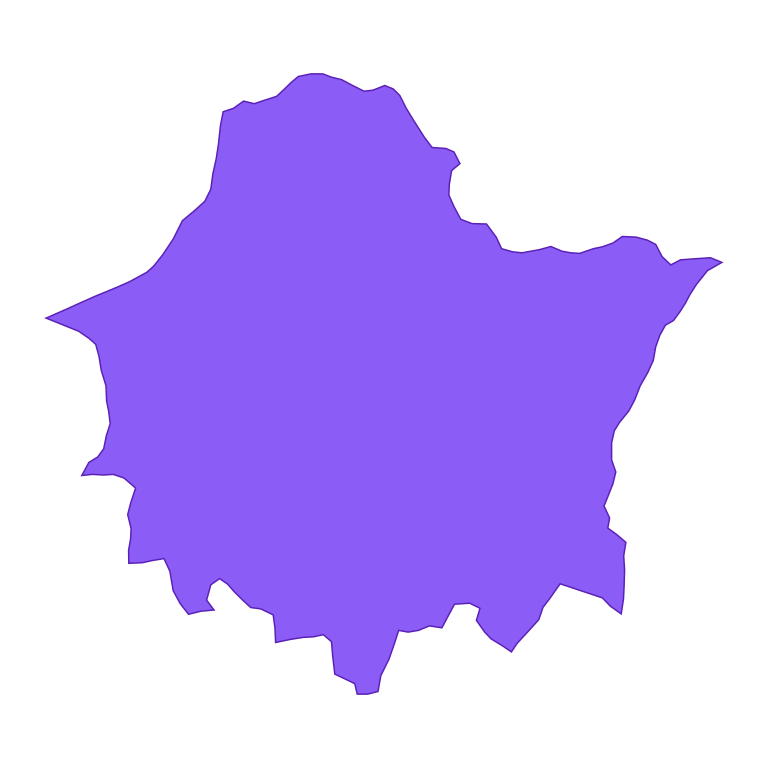 Nova Ramada, Rio Grande do Sul, Brazil (Mercator projection)
{"feature_id": "56859067B54633042037879", "entity_name": "Nova Ramada", "entity_type": "district", "adm_level": 2, "iso_a3": "BRA", "parent_name": "Brazil", "parent_adm1": "Rio Grande do Sul", "projection": "mercator", "projection_center": [-53.7, -28.075], "detail": "fine", "context": "isolated", "style": "filled", "palette": "violet", "viewbox_px": 768, "rotation_deg": 0, "n_neighbors": 0, "source": "geoboundaries", "source_scale": "gbopen_adm2", "svg_char_len": 2361}
<svg xmlns="http://www.w3.org/2000/svg" viewBox="0 0 768 768"><path d="M621.2,613.9L623.5,598.9L624.1,585.8L624.6,570.0L623.7,555.9L625.9,542.4L617.0,534.8L607.8,528.1L609.6,518.0L604.0,506.0L608.3,495.5L612.9,483.8L615.8,472.0L611.6,459.9L611.6,442.9L614.3,430.8L619.5,422.4L628.8,411.0L634.7,399.9L640.3,385.6L647.7,372.7L653.3,360.4L655.7,346.9L659.8,335.3L665.4,325.2L673.5,320.5L680.0,311.7L685.3,303.3L689.8,294.8L696.5,284.3L707.5,270.6L721.9,262.4L710.4,257.7L694.8,258.8L680.6,259.8L670.8,264.9L662.0,256.5L655.7,244.4L647.3,240.1L636.0,237.1L622.3,236.5L613.0,243.0L602.7,246.7L593.4,248.7L579.6,253.4L570.8,252.8L561.9,251.2L550.9,246.5L539.2,249.7L522.0,252.8L512.5,251.8L501.6,248.7L496.2,237.1L486.5,224.0L472.0,223.6L460.8,219.3L454.0,206.6L448.9,195.1L449.3,184.5L451.6,170.6L459.9,163.6L454.0,152.0L446.0,148.5L432.1,147.5L424.4,137.3L413.7,120.5L406.3,108.4L399.8,95.5L393.3,89.0L384.8,85.5L372.9,90.2L364.0,91.2L353.4,85.9L341.5,79.6L331.2,77.1L322.9,73.9L310.8,73.9L298.3,76.5L290.9,82.7L283.9,89.6L276.5,96.4L264.6,100.2L254.3,103.7L243.6,101.1L233.3,108.4L223.2,111.7L220.5,125.4L218.5,143.8L216.3,158.3L212.9,173.7L210.8,189.2L204.8,201.3L194.9,210.3L182.4,220.7L173.2,239.1L162.9,254.5L153.7,266.1L146.8,272.3L129.1,281.9L117.6,287.0L94.8,296.4L83.8,301.3L63.4,310.5L46.1,318.1L67.9,326.9L78.6,331.2L88.9,338.3L95.7,344.3L99.0,356.3L101.3,370.5L106.0,385.8L106.6,401.0L108.7,411.4L110.2,423.7L106.4,435.5L103.7,448.8L97.7,457.0L88.9,462.4L81.8,475.5L92.1,474.4L103.7,475.0L113.4,474.4L124.1,478.1L135.6,488.1L130.6,503.3L127.7,514.6L131.1,528.5L130.6,538.7L128.6,550.2L128.8,563.3L142.5,562.7L151.9,560.6L164.0,558.6L169.9,571.3L173.2,590.7L180.2,603.6L188.5,614.3L201.0,611.2L214.0,610.0L206.6,600.1L210.8,584.8L219.6,578.6L227.7,584.2L234.2,591.7L243.1,600.5L250.7,607.5L260.8,608.9L273.2,614.9L275.0,628.4L275.6,642.5L289.8,639.5L303.0,637.4L313.5,636.8L323.4,634.7L331.5,641.7L332.6,655.2L334.8,674.1L345.1,679.0L354.8,683.7L357.2,694.1L367.8,694.1L378.0,691.5L380.8,675.7L389.1,658.9L394.2,644.2L398.7,630.4L408.1,632.1L418.4,630.4L429.4,625.9L441.9,627.8L448.0,616.3L454.5,604.2L469.7,603.2L480.0,608.3L476.4,620.4L484.7,632.1L491.0,638.8L501.8,645.4L511.4,651.9L517.0,643.5L530.0,629.4L538.8,619.6L543.0,607.3L549.5,598.9L560.1,583.8L602.4,597.9L610.5,606.3L621.2,613.9Z" fill="#8b5cf6" stroke="#5b21b6" stroke-width="1.5"/></svg>